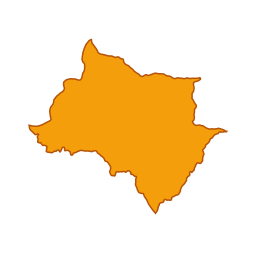 Dechhenling, Samdrup Jongkhar, Bhutan, rotated 19°
{"feature_id": "84629894B76488101752434", "entity_name": "Dechhenling", "entity_type": "district", "adm_level": 2, "iso_a3": "BTN", "parent_name": "Bhutan", "parent_adm1": "Samdrup Jongkhar", "projection": "natural_earth1", "projection_center": [91.243, 26.904], "detail": "fine", "context": "isolated", "style": "filled", "palette": "amber", "viewbox_px": 256, "rotation_deg": 19, "n_neighbors": 0, "source": "geoboundaries", "source_scale": "gbopen_adm2", "svg_char_len": 5835}
<svg xmlns="http://www.w3.org/2000/svg" viewBox="0 0 256 256"><g transform="rotate(19 128 128)"><path d="M33.6,157.6L35.3,160.8L35.7,161.1L37.1,162.0L39.5,163.0L41.8,164.2L42.4,164.4L42.9,164.4L43.4,164.1L43.9,163.5L44.6,163.0L45.3,163.0L45.6,163.3L45.2,165.4L45.2,165.8L45.3,166.3L46.5,167.6L46.8,168.2L47.0,170.3L47.2,170.6L48.0,170.9L49.0,170.9L49.5,170.8L49.7,170.4L50.1,170.3L50.5,170.4L51.1,171.1L53.0,172.1L53.4,172.1L53.8,171.9L55.0,171.5L57.1,171.7L57.4,172.0L57.6,172.4L57.6,173.8L58.0,174.6L58.2,176.5L58.5,176.8L59.3,177.0L59.7,177.0L61.9,176.5L63.2,176.4L64.0,176.2L64.4,176.0L64.7,175.7L65.7,174.2L66.0,173.9L66.4,173.7L67.3,173.6L67.6,173.4L68.2,172.2L68.8,171.6L69.7,171.5L70.1,171.8L71.0,172.7L71.3,172.8L71.7,172.5L71.9,172.0L72.2,168.3L72.8,167.4L73.5,167.1L74.0,167.1L74.3,167.2L74.6,167.7L75.1,169.4L75.7,170.0L76.1,169.9L77.7,168.8L78.4,168.7L79.1,168.9L79.9,169.0L80.8,169.3L81.1,169.6L81.9,170.8L82.3,171.6L82.9,172.0L83.6,172.1L84.3,171.5L84.4,170.9L84.7,169.7L85.1,169.1L86.2,168.5L88.3,166.4L90.1,164.9L91.4,164.2L93.6,164.0L94.7,163.7L95.6,163.6L96.8,163.0L99.0,162.5L100.9,162.3L101.4,162.2L102.0,161.7L103.4,160.6L104.6,160.1L105.3,160.1L105.8,160.2L107.7,161.8L109.6,162.1L110.2,162.4L111.3,163.1L113.3,163.6L114.5,164.1L115.2,164.6L117.0,166.6L117.4,166.7L119.1,166.7L119.9,166.9L121.6,168.3L122.7,169.0L124.0,170.2L124.6,171.4L124.9,172.3L124.9,173.7L124.9,175.1L125.0,175.5L126.1,176.9L126.7,177.6L127.0,177.8L128.2,178.3L128.6,178.3L129.0,178.1L129.4,177.8L129.8,177.7L131.0,177.7L131.2,177.3L131.1,175.0L131.2,173.6L131.4,173.2L131.7,172.9L133.0,172.8L135.2,171.7L136.4,171.5L138.1,170.5L139.1,170.3L139.9,170.6L140.6,170.3L141.0,169.4L142.0,168.3L142.5,168.2L143.7,168.4L145.3,169.3L145.4,170.4L145.9,170.7L146.5,170.7L147.5,170.5L149.7,171.2L149.9,171.5L150.3,171.5L150.8,171.4L151.3,171.1L151.8,171.3L152.0,172.2L152.0,172.9L152.0,174.1L153.0,176.6L153.3,178.5L153.9,179.7L155.9,181.7L157.0,183.4L158.7,185.0L159.3,185.4L160.9,185.5L161.8,185.5L163.7,185.0L164.2,185.4L165.7,187.3L169.6,190.3L170.1,191.0L172.2,193.2L176.4,196.3L178.3,197.6L181.8,199.7L182.5,197.0L182.7,195.9L182.3,192.7L182.3,191.8L182.6,191.1L182.6,190.7L182.3,189.6L182.5,189.2L183.5,187.8L184.1,187.6L184.5,187.5L184.8,187.3L185.4,186.8L185.7,186.1L185.7,185.4L185.5,184.5L185.7,184.1L186.2,183.6L186.7,183.3L188.4,183.6L189.0,183.2L189.6,183.0L191.6,182.5L192.2,182.1L192.3,180.9L192.1,179.5L192.3,178.9L193.4,178.0L195.4,175.8L196.6,175.2L197.1,174.6L197.6,173.4L197.9,171.9L198.0,170.1L197.7,169.4L197.7,168.0L197.9,166.0L198.5,164.4L199.2,163.0L199.7,161.6L200.2,159.3L200.4,158.9L200.4,158.4L199.9,157.1L199.8,156.3L200.0,155.8L200.3,155.2L200.4,154.3L201.4,153.3L201.6,152.8L201.7,152.3L200.9,150.3L200.9,149.4L201.1,148.9L201.5,148.9L202.0,148.9L202.7,149.2L203.1,148.7L203.3,147.7L203.9,147.0L204.1,146.5L204.2,146.0L204.1,145.6L203.9,145.1L203.9,143.7L203.9,143.3L204.3,142.2L204.0,141.2L204.3,140.4L204.6,138.8L204.9,138.3L205.3,138.2L207.4,138.1L207.8,138.0L208.4,137.4L208.9,135.6L209.1,135.2L209.1,134.2L208.6,133.1L208.1,130.2L208.3,129.1L208.3,128.2L208.2,127.7L207.9,127.3L207.6,127.0L207.0,126.1L206.2,125.2L205.8,124.7L205.9,124.0L206.7,122.4L207.2,120.9L207.2,119.9L207.0,118.8L208.1,117.1L208.7,116.0L209.1,115.0L209.4,113.3L209.3,112.6L209.4,111.5L209.7,111.0L210.6,110.3L210.8,109.9L211.9,106.7L212.4,106.0L213.1,105.3L213.7,104.8L214.7,104.2L215.0,103.9L215.2,103.0L215.3,102.6L215.7,102.1L216.0,101.8L216.8,101.8L218.5,101.0L219.4,100.8L220.1,100.3L221.0,99.8L222.1,99.7L222.4,99.0L221.2,99.2L219.5,98.7L218.4,98.6L214.8,98.7L213.4,98.9L212.3,99.8L209.5,101.0L208.7,101.3L207.9,101.3L206.4,102.1L205.0,102.6L202.1,102.5L197.8,101.5L196.7,101.9L195.0,101.8L193.7,102.3L191.8,103.3L190.9,103.5L189.2,102.9L187.7,101.9L186.9,101.1L187.1,100.1L187.5,99.7L187.6,99.2L187.5,97.0L186.8,95.3L186.0,94.0L185.8,91.8L185.7,91.4L185.4,90.6L184.8,88.3L185.6,86.8L185.5,86.2L185.6,85.7L185.3,84.4L183.2,82.9L179.8,79.8L178.8,79.1L178.6,78.5L178.5,77.6L177.7,75.7L177.4,74.0L178.1,72.2L177.9,71.6L177.7,69.5L177.1,67.9L175.6,65.4L175.3,63.9L176.0,62.6L177.4,61.7L179.3,60.3L180.6,58.5L180.6,58.1L180.4,57.6L180.1,57.2L179.4,57.1L178.9,57.7L178.5,57.9L177.1,58.4L176.0,59.0L175.1,59.3L173.7,59.6L170.5,61.0L168.8,61.4L167.5,61.3L167.2,61.5L166.8,62.0L166.2,62.6L164.5,63.1L164.0,63.4L162.1,63.5L161.1,64.0L159.0,64.2L158.0,64.8L156.9,65.7L155.8,66.1L155.0,66.2L153.7,66.1L151.5,65.4L149.8,65.5L149.1,65.8L147.3,66.0L146.1,65.8L145.4,65.5L143.7,65.4L139.3,66.7L136.8,67.1L135.4,67.5L133.3,69.3L131.9,70.3L130.2,71.8L129.5,71.8L128.5,71.6L127.7,71.7L127.0,72.3L126.0,73.4L125.5,74.0L125.0,74.5L124.3,74.7L123.0,74.8L122.6,74.8L121.6,74.0L120.8,73.6L118.1,73.1L115.3,72.2L113.1,70.9L112.7,70.7L111.7,70.5L110.6,70.0L110.1,70.0L109.1,69.3L108.3,68.9L106.6,68.9L106.1,68.7L104.2,68.3L103.2,67.7L102.2,66.5L101.8,65.5L101.4,65.0L101.1,64.6L100.7,64.5L100.1,64.5L99.2,64.7L98.3,64.7L96.5,64.0L95.1,64.1L92.7,65.6L92.2,65.4L89.5,65.2L86.9,65.9L86.1,66.3L85.1,66.2L84.3,66.4L82.2,66.4L81.7,66.6L79.9,66.7L78.6,67.1L76.0,66.7L75.0,66.2L73.1,64.2L71.6,63.0L69.5,61.6L67.6,60.2L67.1,60.0L66.2,59.3L65.5,58.2L64.6,56.3L63.5,57.1L62.6,58.3L62.2,59.7L61.3,62.0L61.0,63.7L60.8,66.7L60.8,70.9L61.5,74.9L62.1,77.9L63.7,80.2L65.7,81.2L66.5,82.5L67.0,84.1L67.7,86.1L68.0,88.4L67.8,89.3L67.5,90.4L67.4,91.5L67.8,93.6L68.0,95.3L67.6,97.6L66.5,98.5L65.2,98.9L62.9,98.8L60.9,99.2L57.4,100.2L54.1,102.4L53.2,103.8L52.3,105.6L52.9,107.9L54.3,110.2L54.6,110.5L55.0,111.5L55.1,112.3L55.0,113.1L54.6,114.5L53.3,116.1L52.4,117.4L51.6,119.0L50.2,121.1L48.8,125.3L48.9,126.3L49.2,127.4L49.3,129.1L49.2,130.3L48.5,132.2L48.2,133.3L48.1,134.4L48.2,135.5L48.5,137.6L51.0,142.6L52.2,144.2L52.4,144.7L52.3,145.4L52.1,146.0L51.7,146.7L45.6,153.0L42.4,155.5L39.9,156.5L36.7,157.3L33.6,157.6Z" fill="#f59e0b" stroke="#b45309" stroke-width="1.5"/></g></svg>